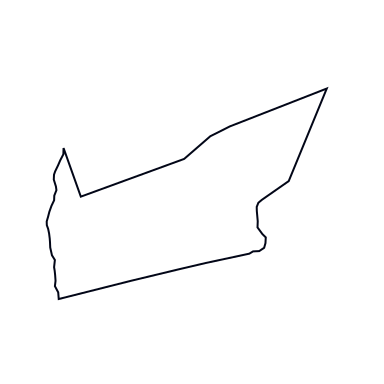 the district of Poço Branco, Rio Grande do Norte, Brazil, rotated 256°
{"feature_id": "56859067B85705906363289", "entity_name": "Poço Branco", "entity_type": "district", "adm_level": 2, "iso_a3": "BRA", "parent_name": "Brazil", "parent_adm1": "Rio Grande do Norte", "projection": "mercator", "projection_center": [-35.694, -5.586], "detail": "fine", "context": "isolated", "style": "outline", "palette": "ink", "viewbox_px": 384, "rotation_deg": 256, "n_neighbors": 0, "source": "geoboundaries", "source_scale": "gbopen_adm2", "svg_char_len": 783}
<svg xmlns="http://www.w3.org/2000/svg" viewBox="0 0 384 384"><g transform="rotate(256 192 192)"><path d="M259.8,347.8L246.5,244.6L245.4,239.8L241.7,223.3L226.0,192.4L214.4,83.0L265.7,78.0L259.7,76.3L254.6,71.8L250.4,68.6L245.1,64.2L242.2,62.3L237.5,60.9L230.2,61.3L226.6,60.9L221.8,57.5L217.3,56.2L212.7,52.4L207.3,48.8L202.5,46.2L198.6,43.9L194.9,43.1L191.0,43.5L186.3,43.3L181.3,42.7L177.8,42.1L172.4,41.0L164.5,40.8L159.2,42.5L152.4,40.0L148.8,39.7L144.5,39.1L138.8,38.1L133.8,36.2L127.0,37.9L120.4,36.8L120.6,111.1L120.2,159.2L119.8,188.1L118.3,232.7L119.6,236.9L118.4,242.9L120.4,248.5L124.6,250.9L130.1,252.6L134.2,250.1L141.8,247.0L147.7,248.7L157.9,250.3L161.9,251.2L165.5,253.8L167.5,257.9L179.2,288.5L259.8,347.8Z" fill="none" stroke="#020617" stroke-width="2"/></g></svg>